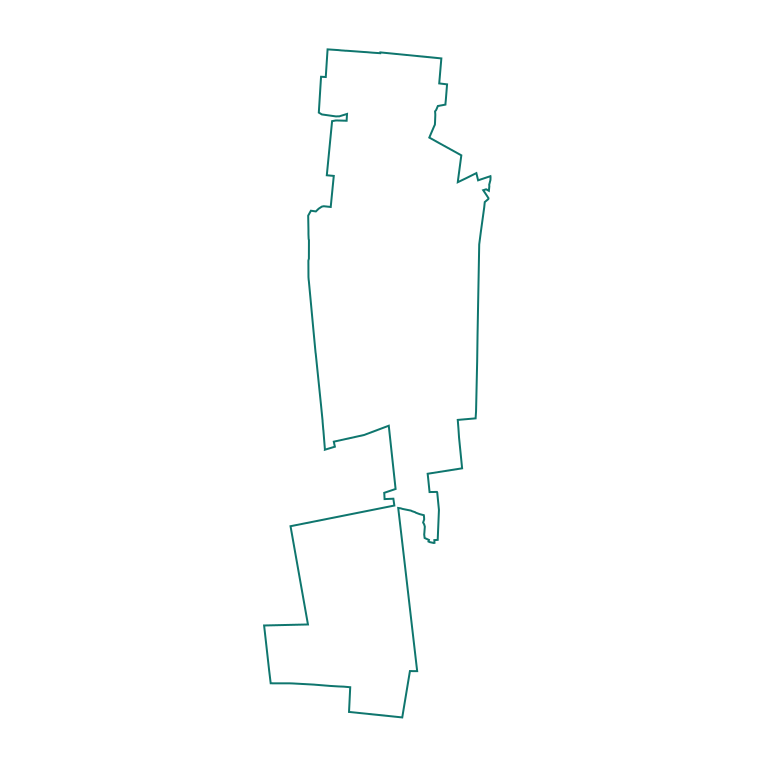 the district of Draganesti, Galati, Romania, rotated 96°
{"feature_id": "2599482B97201329227047", "entity_name": "Draganesti", "entity_type": "district", "adm_level": 2, "iso_a3": "ROU", "parent_name": "Romania", "parent_adm1": "Galati", "projection": "robinson", "projection_center": [27.487, 45.796], "detail": "fine", "context": "isolated", "style": "outline", "palette": "teal", "viewbox_px": 768, "rotation_deg": 96, "n_neighbors": 0, "source": "geoboundaries", "source_scale": "gbopen_adm2", "svg_char_len": 2370}
<svg xmlns="http://www.w3.org/2000/svg" viewBox="0 0 768 768"><g transform="rotate(96 384 384)"><path d="M54.6,422.3L55.0,422.3L55.4,422.3L55.7,430.4L55.8,436.2L55.9,438.1L56.4,453.9L56.5,456.4L56.6,457.6L56.6,458.8L56.7,461.3L56.7,463.7L56.7,464.3L57.1,475.1L84.8,474.0L85.0,478.7L85.5,478.7L120.9,477.2L122.4,474.0L122.9,460.1L122.5,456.5L119.3,449.0L126.1,448.7L126.9,459.3L128.0,463.1L182.4,462.7L182.3,455.7L213.5,455.5L213.5,462.5L214.1,464.4L216.5,467.3L219.5,469.8L219.3,474.8L224.5,477.0L239.0,475.2L242.8,474.8L247.6,474.1L248.5,473.8L248.6,473.7L267.2,471.8L269.2,472.1L285.5,470.3L288.8,469.7L289.0,469.6L308.4,465.7L336.4,460.1L360.2,455.3L360.8,455.1L412.2,444.3L427.2,441.2L427.5,441.2L435.9,439.6L436.1,439.5L455.4,435.9L455.5,435.9L451.5,426.3L446.6,427.9L436.8,398.5L425.0,374.9L487.2,361.5L492.2,372.4L494.5,372.0L498.4,371.4L497.1,362.7L503.8,361.0L535.2,462.1L631.1,434.5L636.7,478.0L654.4,474.1L680.4,468.4L693.5,465.4L691.7,448.0L691.4,444.5L690.3,422.7L689.9,405.8L689.7,401.4L689.5,397.0L689.2,392.5L689.1,385.9L713.8,384.5L713.7,339.5L713.7,331.0L666.8,328.2L666.1,321.0L562.8,344.1L505.8,356.9L505.9,354.4L506.3,352.5L507.1,344.0L507.6,342.6L508.2,339.8L508.7,338.8L509.7,334.9L510.3,330.7L511.9,330.3L514.4,329.9L517.7,330.6L519.4,329.4L521.6,328.5L527.7,328.3L529.4,328.3L532.9,327.5L534.4,323.0L536.0,323.3L536.5,321.8L536.7,319.7L536.9,317.9L536.7,317.2L534.0,317.6L533.4,314.3L503.5,316.2L486.4,319.7L485.8,320.1L486.7,327.4L473.3,330.2L468.7,331.2L459.7,297.5L429.3,303.8L420.6,305.3L412.0,306.9L408.6,289.3L401.5,289.6L358.0,293.2L351.9,293.7L324.3,296.2L318.5,296.7L235.2,303.9L222.7,303.6L198.0,302.8L192.5,302.8L189.2,299.6L188.3,299.5L184.7,302.4L180.9,305.6L179.7,302.8L179.9,302.1L180.0,302.0L180.9,299.9L176.5,299.9L174.8,300.2L170.2,299.5L169.6,299.5L166.9,299.7L166.2,299.9L166.5,300.5L166.8,301.2L168.3,304.5L171.6,311.7L164.6,314.2L170.6,323.6L175.6,331.7L173.7,331.7L148.5,331.0L138.9,353.7L134.2,364.7L129.9,363.4L122.5,361.1L120.8,360.5L118.5,360.6L112.4,361.0L111.0,361.1L109.6,361.3L109.2,361.4L108.6,361.5L107.5,361.7L106.1,360.8L105.5,360.6L101.9,359.5L101.7,358.9L101.6,358.3L101.3,357.5L100.8,355.7L100.6,355.1L100.5,354.7L100.2,353.8L100.0,353.0L99.7,352.1L98.1,352.2L96.9,352.2L95.6,352.2L95.2,352.2L79.4,352.6L79.3,360.5L74.3,360.6L54.2,361.0L54.6,422.3Z" fill="none" stroke="#0f766e" stroke-width="2"/></g></svg>